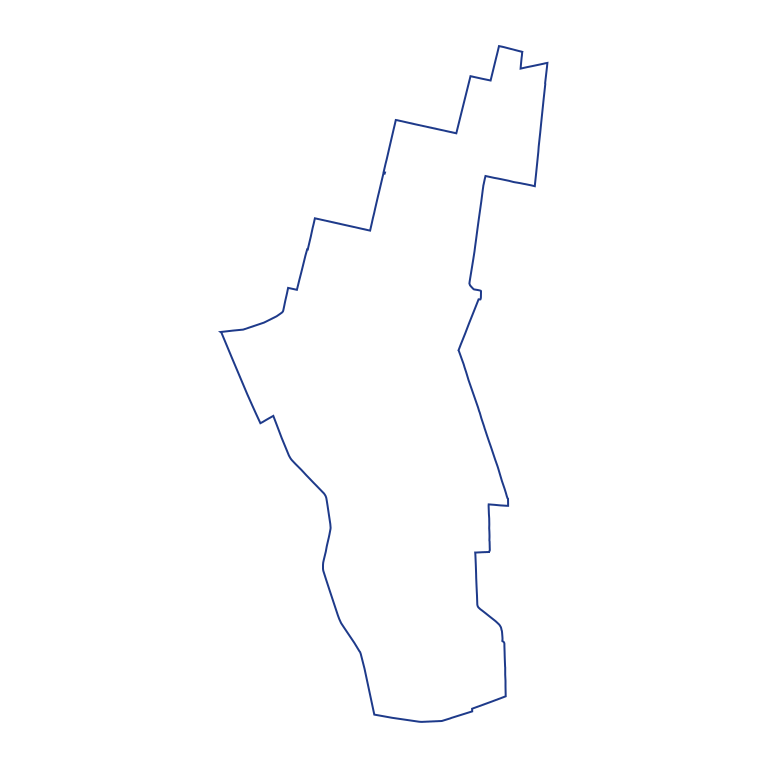 outline of Dorobantu, Calarasi, Romania
{"feature_id": "2599482B87906677909085", "entity_name": "Dorobantu", "entity_type": "district", "adm_level": 2, "iso_a3": "ROU", "parent_name": "Romania", "parent_adm1": "Calarasi", "projection": "equal_earth", "projection_center": [27.004, 44.232], "detail": "fine", "context": "isolated", "style": "outline", "palette": "blue", "viewbox_px": 768, "rotation_deg": 0, "n_neighbors": 0, "source": "geoboundaries", "source_scale": "gbopen_adm2", "svg_char_len": 4056}
<svg xmlns="http://www.w3.org/2000/svg" viewBox="0 0 768 768"><path d="M503.8,47.1L499.0,46.1L497.3,53.2L496.1,58.0L490.6,80.5L482.4,78.8L470.5,76.2L463.6,103.9L462.8,107.1L456.3,133.3L440.5,129.8L415.3,124.3L397.1,120.2L395.8,120.0L395.0,123.6L393.5,129.9L389.0,149.3L387.7,155.0L386.6,159.7L385.7,163.2L383.6,172.2L385.0,172.5L384.6,173.7L383.4,173.5L378.9,192.6L378.1,195.8L375.0,209.2L374.2,212.9L372.8,218.6L371.8,223.2L370.1,230.6L368.2,230.2L352.6,226.7L314.9,218.3L313.6,224.1L312.7,227.7L311.6,232.8L310.8,236.6L310.1,239.5L308.2,247.6L307.8,249.5L307.1,249.4L307.0,250.0L306.4,252.1L305.4,255.7L304.1,261.0L302.9,265.9L301.1,273.1L299.2,280.5L298.3,284.2L296.9,289.8L288.1,287.9L287.1,292.8L286.5,295.5L285.5,299.8L285.0,302.1L284.3,305.6L283.3,310.3L283.0,311.3L282.4,312.1L281.9,312.6L279.5,314.3L276.6,316.3L264.0,322.6L256.6,325.1L243.2,329.6L232.9,330.6L222.5,331.8L220.6,332.0L221.4,332.6L232.1,358.3L247.3,394.3L252.2,405.3L256.0,413.7L260.4,423.2L262.7,422.0L265.7,420.2L269.0,418.3L273.3,415.9L276.9,425.3L281.7,438.0L287.1,451.1L287.3,451.6L288.9,455.5L290.0,457.5L290.8,458.8L291.9,460.2L295.2,463.7L297.4,465.9L301.4,469.9L306.0,474.9L313.6,482.8L318.1,487.4L324.1,493.6L324.7,494.5L325.4,495.6L325.8,496.5L326.3,498.0L326.8,500.9L327.6,506.0L328.9,514.7L330.1,522.7L330.3,524.0L330.6,527.8L330.5,528.9L329.5,534.2L328.8,537.5L326.8,546.1L325.8,551.6L324.8,555.7L323.8,559.8L323.2,562.6L323.0,564.9L323.0,566.7L323.0,568.9L323.3,570.8L326.1,579.6L329.4,589.7L337.9,615.4L339.2,618.9L341.1,623.1L344.0,627.5L354.3,642.8L359.4,651.2L360.1,652.1L360.8,654.1L364.5,668.6L374.3,714.6L392.1,717.8L418.9,721.7L421.4,721.9L441.8,721.0L450.2,718.4L451.7,717.8L452.4,717.6L472.2,711.4L472.1,708.7L490.3,702.1L505.7,696.3L505.5,686.3L505.5,680.9L505.2,674.7L505.2,667.4L505.1,666.8L504.8,659.3L504.7,656.2L504.6,652.2L504.4,646.0L504.4,643.7L504.3,643.2L504.1,642.6L503.8,642.1L503.3,641.6L502.8,641.4L502.4,641.2L502.3,640.9L502.4,640.4L502.5,639.2L502.5,638.3L502.4,636.7L502.1,632.8L501.9,631.0L501.5,629.8L501.2,628.3L500.9,627.3L500.5,626.6L499.8,625.4L499.2,624.6L498.7,624.1L496.8,622.3L495.6,621.2L494.6,620.4L489.4,616.3L486.4,613.9L482.2,610.6L480.3,609.2L478.4,607.4L477.8,606.4L477.5,605.5L477.3,604.6L477.0,595.7L476.8,591.8L476.5,585.2L476.2,577.9L476.1,573.5L475.8,564.8L475.4,555.1L475.2,552.5L476.9,552.5L482.9,552.2L489.0,552.0L489.0,551.8L489.4,551.2L489.7,550.6L489.8,549.9L489.7,546.3L489.7,545.7L489.6,541.7L489.4,540.5L489.5,537.1L489.5,535.3L489.4,531.8L489.2,528.2L489.3,524.6L489.2,518.4L488.9,513.9L488.6,505.6L488.7,504.4L494.2,504.8L500.4,505.4L507.1,505.8L508.1,505.8L508.1,504.0L508.0,498.7L507.5,498.2L506.8,496.2L506.0,493.3L504.6,488.8L501.9,480.9L498.2,468.4L497.4,465.9L495.2,459.7L493.2,453.7L491.0,447.1L488.9,441.1L487.1,435.8L485.0,429.4L484.7,428.6L484.1,426.5L481.4,418.4L479.8,412.8L479.1,411.0L478.1,407.6L468.4,379.7L468.3,379.3L466.2,372.3L464.6,367.5L463.7,364.4L463.1,362.7L462.1,360.0L460.5,355.5L459.3,352.2L458.8,350.8L458.7,350.6L458.5,350.4L460.8,344.4L462.5,340.2L465.3,333.2L465.9,331.6L469.0,323.5L474.9,308.7L478.6,299.3L478.8,299.3L479.6,299.4L480.4,299.4L480.7,298.7L480.9,297.3L481.0,291.3L480.8,290.8L480.0,290.5L477.7,290.0L474.0,289.4L473.2,288.8L471.4,286.9L470.1,285.4L469.4,283.5L469.7,281.2L473.3,259.1L474.5,251.4L475.0,247.4L476.1,239.3L477.4,229.4L478.7,219.8L480.0,210.6L481.3,201.4L482.1,195.1L482.8,189.6L483.3,186.1L483.3,185.8L483.8,183.6L484.7,179.3L485.5,176.0L488.3,176.6L494.3,177.9L497.7,178.5L501.7,179.3L505.0,180.0L508.4,180.7L509.7,181.0L510.4,181.2L513.1,181.9L514.0,182.1L515.1,182.3L517.0,182.6L520.5,183.2L523.4,183.8L525.1,184.1L529.0,184.9L531.0,185.3L534.8,186.2L535.0,184.0L536.1,173.6L538.3,152.0L538.7,146.6L540.2,132.8L541.1,123.7L543.6,99.5L545.3,83.9L545.1,83.4L547.0,66.9L547.2,64.7L547.4,62.9L544.8,63.4L543.6,63.7L539.9,64.5L535.6,65.4L531.8,66.2L527.8,67.0L525.0,67.6L521.1,68.5L520.6,68.6L520.8,66.1L521.1,62.8L521.6,57.8L521.9,55.7L522.1,53.3L522.2,52.2L522.3,51.9L508.4,48.3L503.8,47.1Z" fill="none" stroke="#1e3a8a" stroke-width="2"/></svg>